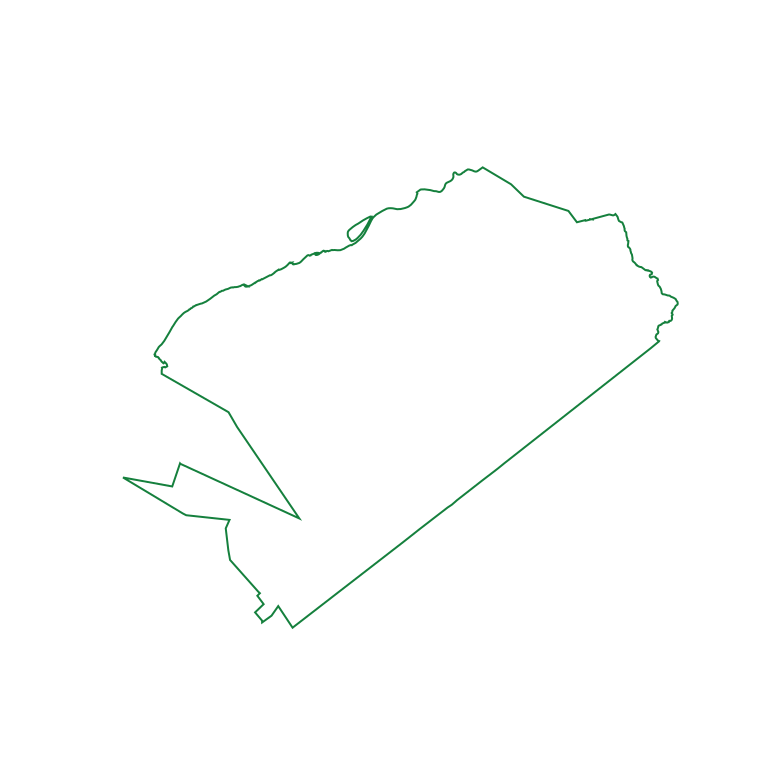 outline of San Luis Río Colorado, Sonora, Mexico, rotated 122°
{"feature_id": "50627088B17136177006846", "entity_name": "San Luis Río Colorado", "entity_type": "district", "adm_level": 2, "iso_a3": "MEX", "parent_name": "Mexico", "parent_adm1": "Sonora", "projection": "robinson", "projection_center": [-114.67, 31.992], "detail": "fine", "context": "isolated", "style": "outline", "palette": "green", "viewbox_px": 768, "rotation_deg": 122, "n_neighbors": 0, "source": "geoboundaries", "source_scale": "gbopen_adm2", "svg_char_len": 6071}
<svg xmlns="http://www.w3.org/2000/svg" viewBox="0 0 768 768"><g transform="rotate(122 384 384)"><path d="M204.1,457.8L204.9,456.5L206.4,456.3L208.0,455.7L211.1,455.1L213.0,455.3L217.7,456.1L220.6,457.2L221.8,458.0L223.7,459.5L226.8,462.6L228.8,465.5L230.3,469.5L231.4,471.6L232.6,473.3L233.8,474.5L238.1,477.1L244.4,480.3L248.1,481.3L249.6,481.5L252.5,481.4L257.7,480.8L266.6,480.2L270.5,480.4L273.1,480.9L279.5,482.9L282.5,484.6L283.4,484.9L283.7,485.7L285.0,486.8L288.7,488.8L290.3,489.5L293.6,491.9L295.1,494.1L296.6,497.0L297.7,498.5L297.7,498.8L297.9,499.2L300.9,501.5L301.0,502.2L301.4,502.9L302.3,503.3L302.9,503.7L303.1,504.0L303.0,504.3L302.5,504.6L302.5,504.8L303.1,505.4L303.1,506.0L304.1,506.5L305.8,506.9L305.9,507.2L308.4,508.0L309.5,508.7L310.2,509.4L310.7,510.1L310.7,510.6L310.5,511.1L310.2,510.8L309.5,510.4L308.2,509.2L307.6,509.2L307.7,509.5L308.5,510.8L309.0,511.1L309.1,511.4L309.6,511.7L309.6,512.0L310.6,512.5L312.4,513.8L312.6,514.1L313.7,514.5L313.5,514.3L313.8,514.3L314.2,514.7L314.6,515.2L314.5,515.6L314.7,516.3L315.3,516.9L315.6,517.1L320.8,518.5L324.2,519.2L326.1,519.9L328.5,521.9L329.8,523.4L330.4,523.9L330.7,524.7L330.5,525.1L330.3,525.1L330.0,524.8L330.0,525.5L330.8,527.0L330.4,526.9L330.8,527.3L330.5,527.6L330.6,527.8L331.0,528.3L334.3,528.9L336.7,529.6L338.7,530.6L341.3,532.1L343.5,534.0L342.7,533.7L342.7,533.9L346.2,535.5L347.8,535.9L347.8,536.0L348.4,536.1L350.7,537.0L351.6,537.5L352.1,538.0L352.3,538.4L359.8,542.8L359.9,543.3L361.9,544.1L362.9,545.0L362.4,544.7L362.1,544.7L362.2,544.9L362.9,545.1L363.8,545.8L366.4,546.8L366.3,547.0L370.1,548.7L371.4,549.5L372.0,550.1L373.6,551.3L374.6,552.6L374.8,553.4L374.4,554.7L374.2,554.2L374.1,553.2L373.9,552.7L373.9,551.9L373.6,551.4L373.5,552.1L373.9,553.0L373.9,554.1L374.3,555.2L374.8,555.9L373.6,554.6L373.7,555.5L374.1,555.9L375.3,556.8L377.2,557.8L377.8,558.5L378.6,559.0L380.0,560.5L381.2,562.3L382.2,563.2L382.3,563.7L383.5,565.1L386.0,566.7L388.0,568.6L390.2,569.9L391.0,571.0L391.5,571.1L392.7,571.8L393.2,572.2L393.2,572.4L393.7,572.6L396.6,573.5L399.0,574.8L403.7,576.5L408.3,578.5L412.2,581.1L413.0,582.0L415.9,584.4L416.6,584.9L416.6,585.1L419.2,586.4L419.3,586.8L420.6,587.0L421.4,587.3L422.3,588.0L423.1,588.0L424.0,588.7L424.5,588.7L426.0,589.3L428.1,590.6L429.9,591.4L432.2,592.0L434.3,592.4L435.6,592.8L437.6,593.3L441.9,593.6L446.8,593.6L447.7,593.7L453.7,593.4L463.9,593.2L468.3,593.6L470.6,594.3L472.1,594.6L475.0,594.5L478.3,594.6L480.1,594.1L480.5,594.3L480.8,593.9L480.8,593.3L481.4,593.3L481.6,593.1L481.4,592.8L481.5,592.3L481.7,591.8L480.9,590.1L481.2,589.0L481.5,588.7L481.4,588.4L481.6,588.0L481.9,587.5L482.1,586.0L482.6,585.1L482.9,584.3L483.0,583.3L483.3,582.2L483.3,581.9L482.8,581.7L481.5,581.8L482.1,579.3L482.7,578.3L483.9,577.2L485.9,578.4L485.9,579.3L487.1,580.5L487.7,580.9L487.8,580.7L490.5,579.6L493.2,577.9L490.3,500.9L498.3,485.8L542.9,384.6L559.6,514.3L559.4,514.9L583.1,509.3L601.6,555.8L600.4,485.8L600.1,482.2L581.1,443.0L590.3,441.7L607.5,427.9L614.8,421.3L626.7,380.8L627.2,378.4L630.7,379.2L634.5,369.4L646.0,372.3L649.3,362.0L650.8,361.0L640.1,356.6L628.4,356.0L639.1,332.4L506.9,283.6L487.9,276.8L455.0,264.6L450.4,262.5L443.5,260.4L413.9,249.6L396.0,242.9L387.3,239.9L212.4,176.8L202.2,173.4L201.8,173.4L202.0,174.6L201.9,175.1L201.0,177.8L200.2,178.6L197.7,179.2L195.9,178.5L195.1,178.6L194.3,179.1L193.8,179.9L193.1,180.6L193.0,181.0L192.7,181.1L190.8,181.5L190.2,181.8L189.9,181.8L189.5,182.0L188.5,181.7L187.6,180.9L186.7,180.6L186.5,180.2L185.4,180.1L183.4,178.8L182.7,178.7L182.9,178.2L182.3,178.0L182.0,176.5L181.2,175.9L180.7,175.3L180.2,175.3L180.0,175.6L179.2,175.5L178.7,174.5L178.0,174.1L177.0,174.0L175.9,174.3L175.5,174.7L174.8,175.1L174.1,175.8L173.7,176.1L172.3,175.9L171.9,176.4L171.7,177.3L171.3,177.7L170.0,177.7L168.9,178.3L165.9,177.8L163.2,178.0L161.1,177.2L160.2,177.5L158.9,178.5L158.3,180.2L157.4,181.7L157.4,184.1L157.9,187.1L157.7,188.6L158.6,190.4L159.1,192.7L159.6,194.1L160.1,194.9L160.1,195.6L159.8,196.6L158.1,198.0L156.6,199.7L155.4,201.8L155.1,203.5L154.2,204.7L152.1,206.8L151.8,206.9L150.6,206.7L149.6,207.9L149.8,208.3L149.7,211.0L149.8,211.7L150.0,212.2L150.6,212.9L151.1,213.4L151.7,213.5L152.4,214.2L152.3,215.1L152.0,215.6L151.1,216.2L150.3,216.2L149.0,215.2L148.7,215.3L147.6,215.6L147.4,216.2L147.1,216.7L147.2,217.0L147.3,217.6L147.3,218.2L147.7,219.3L147.5,219.8L147.6,220.2L148.3,220.8L148.1,221.5L148.6,222.0L148.9,222.6L148.5,227.1L148.5,227.8L148.9,228.6L149.3,229.9L149.4,231.8L149.1,232.6L149.1,232.9L149.3,233.0L148.6,234.6L148.2,236.2L148.1,237.6L147.7,238.5L147.1,239.2L145.6,239.9L142.9,242.3L141.9,244.0L141.3,244.5L140.3,245.7L139.4,246.3L138.8,247.3L138.3,249.1L138.4,249.4L138.2,249.9L137.5,250.5L136.6,251.0L136.1,251.1L133.2,252.5L133.3,253.4L133.2,253.7L131.7,254.7L131.2,255.5L129.8,256.9L127.0,259.0L126.7,260.6L126.5,261.0L125.8,261.7L124.8,262.2L124.2,263.0L123.0,264.2L120.8,267.4L120.8,267.8L121.1,268.6L121.2,271.1L120.5,272.2L118.4,274.6L117.2,277.8L118.5,278.2L119.3,278.7L119.8,279.5L120.6,282.1L121.0,283.0L133.4,294.5L133.8,294.1L134.9,296.4L135.0,296.3L134.9,295.9L138.7,299.5L138.8,299.8L138.4,300.2L144.6,306.1L139.5,319.3L151.0,364.6L147.3,382.1L148.0,415.1L153.2,417.2L154.5,417.9L155.2,418.6L155.8,420.1L156.1,422.4L157.0,425.5L157.3,426.1L157.7,426.7L160.7,428.2L161.7,428.4L163.0,429.2L165.0,429.8L166.3,430.7L166.9,431.6L167.3,432.7L167.3,433.5L166.9,434.4L166.8,435.4L167.3,436.4L167.7,436.6L168.7,436.6L169.6,436.3L171.5,434.9L172.0,434.7L173.5,434.5L174.4,434.5L175.7,434.8L177.0,435.4L179.9,437.3L181.2,437.8L182.6,437.7L185.0,437.0L186.3,436.9L188.2,437.1L189.9,437.4L191.2,438.1L191.8,438.8L192.2,439.6L192.9,442.0L193.9,443.8L195.0,447.4L197.4,452.7L198.9,455.0L199.8,456.1L204.1,457.8ZM257.6,482.6L248.7,483.3L249.2,484.3L252.4,486.3L256.2,488.4L261.5,490.8L264.2,492.3L267.5,493.7L271.8,495.1L273.4,495.3L274.2,495.2L275.3,494.7L277.2,493.4L278.2,492.3L278.8,490.5L279.9,488.5L279.8,487.8L280.1,487.2L278.9,485.9L276.4,484.5L274.2,483.8L269.8,482.9L265.0,482.6L257.6,482.6Z" fill="none" stroke="#15803d" stroke-width="2"/></g></svg>